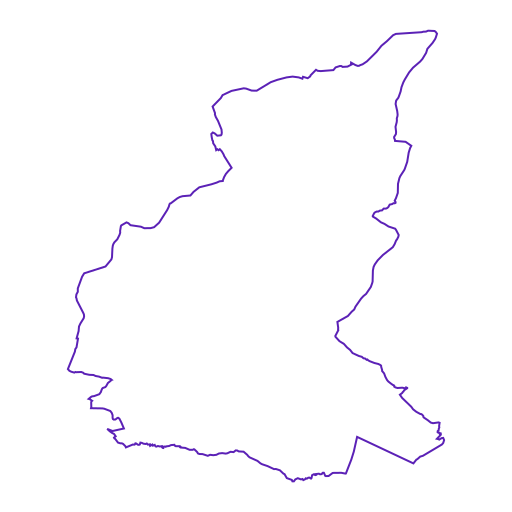 the district of Monor, Bistrita-Nasaud, Romania
{"feature_id": "2599482B75795302665340", "entity_name": "Monor", "entity_type": "district", "adm_level": 2, "iso_a3": "ROU", "parent_name": "Romania", "parent_adm1": "Bistrita-Nasaud", "projection": "orthographic", "projection_center": [24.705, 46.949], "detail": "fine", "context": "isolated", "style": "outline", "palette": "violet", "viewbox_px": 512, "rotation_deg": 0, "n_neighbors": 0, "source": "geoboundaries", "source_scale": "gbopen_adm2", "svg_char_len": 6021}
<svg xmlns="http://www.w3.org/2000/svg" viewBox="0 0 512 512"><path d="M403.5,391.5L404.1,390.3L407.2,388.2L407.2,387.9L406.1,387.4L405.7,388.4L402.3,387.7L397.5,388.0L395.4,387.4L394.2,386.6L394.3,385.9L393.7,385.2L392.9,385.0L391.1,383.7L388.3,381.5L387.1,380.1L385.4,376.9L384.1,373.4L382.1,371.0L382.1,369.9L381.2,366.9L381.1,365.7L380.5,365.1L378.4,364.0L374.4,363.0L369.5,361.1L367.9,360.1L367.4,359.5L366.6,359.8L365.1,358.5L363.5,358.3L361.8,356.8L358.9,356.0L352.6,353.1L350.1,349.9L347.0,347.4L343.9,343.9L339.5,341.2L335.5,336.8L335.3,336.0L338.3,330.2L338.1,329.7L338.2,327.7L337.4,321.9L347.9,316.0L351.7,311.7L354.2,309.5L355.5,306.6L361.1,298.6L363.4,296.1L366.1,293.9L370.8,287.0L372.2,283.1L372.6,281.5L372.9,270.5L373.6,266.9L374.8,264.4L377.7,260.3L383.0,254.9L392.8,247.2L394.6,244.2L396.2,240.3L396.9,239.6L398.3,236.8L398.7,235.0L396.2,230.2L395.2,228.7L388.5,226.5L384.5,223.9L380.9,222.3L376.1,218.5L372.9,216.6L372.7,216.1L374.2,213.1L375.1,212.3L376.8,211.5L378.4,211.5L379.9,210.6L382.0,210.4L383.7,208.6L385.9,208.6L387.1,208.1L388.3,207.1L389.7,204.6L392.1,204.1L393.5,203.2L394.7,203.3L395.5,202.9L395.6,202.1L394.7,200.7L396.0,198.1L397.8,192.9L398.0,183.8L399.4,178.1L400.3,176.1L404.2,170.1L404.8,168.8L407.2,161.9L408.7,152.6L410.1,148.1L411.3,145.8L405.6,141.8L395.0,140.9L394.9,139.6L394.2,138.2L394.1,137.0L395.9,134.1L396.1,132.0L395.5,126.8L396.7,122.2L396.9,120.3L396.8,118.4L397.5,116.0L397.6,114.4L397.2,111.0L395.6,104.0L396.0,101.4L396.2,100.5L398.3,97.8L398.8,96.6L400.6,91.5L401.5,87.2L403.3,82.4L404.8,79.5L409.1,72.4L413.0,67.7L420.1,61.6L422.4,59.0L426.1,52.9L427.4,48.8L432.5,43.0L435.1,39.1L435.8,37.5L437.0,33.7L435.8,32.0L434.6,31.0L428.1,30.7L426.0,31.6L423.4,31.7L421.6,32.2L395.9,33.9L393.1,35.2L386.9,41.2L381.5,45.7L376.6,51.8L366.9,61.4L362.6,64.3L360.3,65.1L359.0,65.8L357.7,65.9L355.3,65.0L351.1,62.6L351.0,64.2L351.4,64.6L347.5,66.6L342.5,66.9L341.5,66.1L339.9,66.0L335.6,67.4L333.4,70.1L320.7,71.1L317.6,70.8L316.0,69.8L310.5,75.4L310.2,76.4L307.7,78.2L303.0,76.8L302.4,78.7L298.7,77.4L292.6,76.6L286.6,77.4L277.4,79.8L270.7,82.2L256.7,90.7L251.7,90.6L246.1,88.6L243.7,88.3L231.5,90.9L222.6,95.1L220.8,98.1L212.6,106.5L215.0,113.1L214.9,114.4L215.8,117.0L218.0,120.9L221.5,129.5L221.8,132.8L221.5,134.6L220.9,135.3L217.3,135.7L214.7,133.4L212.8,132.5L211.3,134.0L211.7,137.0L212.4,140.4L213.0,141.1L213.2,143.3L215.3,146.4L216.2,150.1L217.3,149.2L218.6,150.2L219.8,149.2L221.8,151.4L223.6,154.5L224.2,156.1L231.6,167.8L228.2,171.2L225.9,173.9L224.1,177.1L222.9,180.3L222.8,181.0L219.6,181.3L216.7,182.6L211.4,184.3L199.3,187.3L193.6,191.8L190.4,195.5L182.5,196.2L179.8,197.0L177.4,198.3L170.8,203.3L170.0,203.5L169.5,204.2L168.8,206.7L167.2,210.0L159.1,222.7L154.1,227.2L150.7,228.1L144.3,228.2L140.9,226.7L130.5,225.2L128.4,223.2L126.5,222.4L121.3,225.4L120.9,226.1L120.1,230.9L120.2,232.7L119.5,234.9L117.3,239.3L114.3,242.4L113.3,244.2L112.8,245.7L112.4,248.6L112.0,257.2L111.4,259.4L105.5,266.5L84.2,273.3L82.1,276.7L77.8,288.4L77.8,291.8L76.4,294.4L76.0,297.3L76.5,298.4L76.9,300.5L83.2,312.8L83.9,314.4L84.1,316.3L83.7,318.2L80.4,323.5L79.0,326.5L78.6,331.1L76.6,338.4L78.0,338.6L76.5,347.4L75.3,349.1L74.9,351.6L67.9,369.1L69.4,370.8L71.2,371.7L74.3,372.6L75.4,372.0L76.1,372.2L81.3,372.0L83.3,372.8L84.1,373.7L89.3,374.8L93.5,375.0L95.6,376.0L99.0,376.6L102.2,377.8L102.8,377.6L108.1,378.2L110.6,379.0L111.7,379.9L111.1,380.1L110.7,380.8L107.9,383.0L106.2,386.1L105.3,387.1L102.8,388.0L102.2,388.6L101.4,390.4L100.9,392.0L99.3,394.2L94.1,396.1L92.0,396.4L90.9,397.0L88.7,398.9L90.0,399.3L92.1,400.8L91.4,401.4L91.2,402.4L91.3,406.9L91.0,408.2L102.3,408.4L104.2,408.7L108.7,410.4L110.3,411.0L111.7,412.8L112.6,415.2L112.6,417.9L112.9,419.0L113.8,419.6L115.4,419.5L117.5,417.9L118.2,417.8L119.4,418.7L121.3,422.4L123.9,428.5L112.6,431.0L107.2,428.9L109.8,431.3L112.0,432.9L114.0,433.9L115.7,436.3L114.0,437.6L114.4,438.4L115.2,438.9L118.0,442.6L120.3,443.3L121.8,443.3L123.1,443.9L125.4,446.2L125.9,447.4L132.9,444.5L134.2,444.7L134.9,444.4L135.3,443.4L135.8,443.3L138.1,444.8L139.1,444.8L139.8,444.5L140.4,442.6L141.9,442.9L143.5,443.7L145.7,444.0L146.8,443.5L147.8,444.6L150.0,444.3L150.2,445.1L150.0,445.6L150.1,445.9L152.4,444.5L152.6,444.8L152.5,445.4L152.8,445.7L154.7,444.9L155.1,445.8L155.6,446.4L156.5,446.6L157.9,446.0L159.9,446.5L162.1,446.1L162.3,446.4L161.9,446.8L162.0,447.2L162.7,447.9L163.3,448.0L163.5,446.8L164.1,446.5L165.7,446.8L166.0,446.4L169.1,446.0L171.0,445.1L174.4,444.8L174.7,445.6L175.8,446.2L179.9,446.2L180.4,446.6L180.1,447.2L180.5,447.5L185.2,447.9L189.6,449.8L192.7,449.8L193.9,449.2L194.5,449.5L196.1,451.0L197.2,452.1L197.9,453.4L199.4,454.0L202.5,454.1L207.8,455.8L210.1,454.8L213.3,455.2L216.4,454.8L218.9,453.5L222.2,453.1L225.7,453.6L227.3,453.3L230.5,451.8L233.6,452.1L235.7,450.4L237.2,450.5L238.7,451.4L243.6,451.7L247.2,454.8L248.1,456.0L249.5,457.3L257.5,460.9L260.4,463.3L262.0,464.2L267.6,466.1L274.0,469.1L275.9,469.0L279.9,470.3L283.5,473.7L284.5,474.1L286.8,478.1L291.8,479.9L292.4,481.3L293.9,481.3L295.3,479.4L297.8,478.2L301.0,479.4L302.5,479.0L303.3,480.1L305.0,479.3L305.8,478.3L306.8,478.7L308.3,477.7L309.4,477.6L311.0,478.6L311.5,478.1L312.1,475.2L313.7,474.3L315.3,475.1L316.0,474.9L315.6,474.1L318.9,473.7L320.0,474.3L321.1,474.2L321.7,474.1L322.5,473.0L323.0,472.7L323.9,472.8L325.2,475.8L325.9,476.1L328.6,476.0L332.6,473.0L333.6,472.9L341.3,472.8L345.4,473.6L345.9,473.5L351.3,459.6L353.8,451.6L357.1,436.9L413.4,463.4L416.4,459.6L417.3,459.2L420.2,456.6L422.9,455.8L441.9,444.5L443.2,443.0L444.1,440.1L443.2,437.9L441.7,438.1L439.2,439.6L438.7,439.2L436.9,438.8L440.7,434.9L440.9,434.1L440.6,433.3L439.6,433.7L439.1,432.6L438.3,432.7L437.6,432.2L437.7,431.1L438.7,430.1L438.8,428.6L439.3,427.6L439.1,426.1L439.6,422.8L438.6,422.4L433.0,423.2L430.8,422.6L427.8,420.2L423.8,417.5L423.4,417.0L423.3,416.0L422.2,414.7L421.3,414.1L420.3,414.0L416.3,411.8L413.1,409.3L411.3,406.8L402.1,397.9L399.9,394.7L402.2,393.0L402.8,392.0L403.5,391.5Z" fill="none" stroke="#5b21b6" stroke-width="2"/></svg>